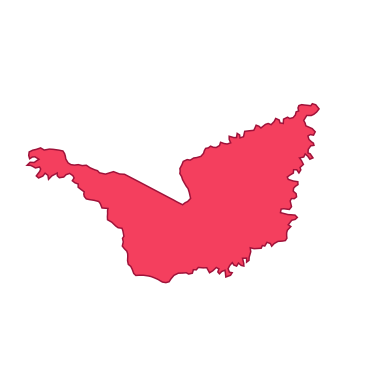 Mandaguari, Paraná, Brazil, rotated 71°
{"feature_id": "56859067B2319908604848", "entity_name": "Mandaguari", "entity_type": "district", "adm_level": 2, "iso_a3": "BRA", "parent_name": "Brazil", "parent_adm1": "Paraná", "projection": "robinson", "projection_center": [-51.721, -23.489], "detail": "fine", "context": "isolated", "style": "filled", "palette": "rose", "viewbox_px": 384, "rotation_deg": 71, "n_neighbors": 0, "source": "geoboundaries", "source_scale": "gbopen_adm2", "svg_char_len": 3677}
<svg xmlns="http://www.w3.org/2000/svg" viewBox="0 0 384 384"><g transform="rotate(71 192 192)"><path d="M269.2,134.3L267.5,131.1L266.7,126.8L267.9,122.2L268.3,119.5L266.6,117.3L264.3,116.8L261.4,115.8L259.2,114.3L256.8,109.8L254.3,111.7L251.2,106.9L251.5,103.3L250.3,100.7L247.4,102.1L245.8,105.7L244.6,108.6L241.8,112.8L240.3,115.1L237.2,113.3L237.7,110.7L240.2,105.6L238.3,102.7L232.4,102.1L230.6,100.1L231.6,97.4L230.6,94.7L227.5,94.1L224.2,96.0L221.5,94.7L220.3,92.4L219.5,89.4L216.7,88.6L214.7,92.5L211.4,96.9L208.8,97.0L207.9,93.9L207.1,90.0L204.0,88.7L205.1,85.7L208.8,84.7L206.5,81.9L204.0,81.9L202.2,77.7L197.8,78.3L194.8,79.3L195.3,75.0L192.9,72.6L195.8,70.9L199.4,69.9L199.1,66.5L194.4,67.8L192.8,69.6L189.5,68.2L187.0,64.7L187.6,61.5L185.3,61.3L183.3,62.8L180.4,64.3L176.8,64.2L176.2,61.5L177.8,58.6L175.2,55.9L171.2,57.7L166.5,62.8L163.8,62.6L160.7,63.1L157.0,58.6L158.5,54.3L158.2,51.5L157.0,48.2L154.8,44.8L149.8,46.6L147.7,49.5L149.1,51.6L147.8,54.2L146.4,57.3L145.1,59.9L145.1,62.8L147.0,64.4L150.1,64.8L150.1,67.4L152.9,69.3L154.6,72.2L154.3,75.7L152.4,77.3L152.9,81.7L156.9,83.4L155.3,86.3L152.3,86.1L149.7,88.9L152.1,91.3L154.1,95.3L152.0,97.7L152.0,100.6L153.9,106.0L151.6,107.3L149.7,109.6L151.8,111.5L153.8,113.5L152.9,117.3L151.8,122.4L156.5,125.3L156.4,129.0L153.6,128.4L151.3,130.2L155.0,132.2L154.2,134.7L151.4,138.7L154.4,139.7L158.1,139.4L158.1,143.1L156.6,145.9L154.3,148.8L157.0,150.8L157.8,154.6L156.7,157.3L154.7,159.5L155.6,162.1L155.2,164.9L156.9,166.8L159.2,168.5L161.2,172.0L161.0,176.2L160.4,179.4L161.3,183.3L159.8,186.0L160.2,190.3L163.0,192.7L165.9,195.8L168.4,196.4L170.7,197.5L174.0,196.8L177.2,196.9L180.8,196.3L184.8,195.5L187.4,194.6L191.5,194.7L197.6,195.4L199.6,199.3L199.9,202.0L201.0,205.0L198.0,208.0L195.9,210.0L193.5,212.1L189.4,216.0L164.9,239.0L153.3,250.0L151.4,254.6L147.2,259.6L146.9,268.0L143.7,273.3L141.1,274.4L139.3,276.8L135.9,280.5L132.3,283.2L131.3,287.2L129.1,290.6L128.3,294.4L126.7,297.6L124.1,299.7L119.7,300.6L116.8,300.1L114.2,300.0L111.2,300.7L109.1,304.2L106.5,309.3L105.0,312.9L104.2,318.1L101.0,320.8L101.0,325.4L100.6,329.0L101.1,332.9L104.3,334.5L107.7,334.7L106.9,331.5L107.6,329.0L111.2,326.1L112.0,329.2L112.7,331.6L111.2,335.4L113.0,339.2L114.3,335.9L116.1,334.1L118.3,332.2L118.7,328.0L121.0,327.6L122.9,329.2L126.1,334.0L128.8,332.5L128.4,327.9L126.4,324.8L129.3,322.8L133.3,323.5L131.1,319.2L130.2,313.3L132.8,314.1L135.3,312.8L136.1,308.4L134.6,305.4L134.6,301.6L137.8,299.3L140.3,298.9L142.4,301.5L145.2,299.7L147.4,297.0L150.4,298.1L153.8,295.9L156.7,293.9L158.8,295.0L161.1,295.3L164.1,294.2L165.7,291.6L167.9,287.4L170.6,283.3L173.1,282.5L177.8,282.3L180.2,276.8L182.3,278.0L184.9,278.8L187.7,280.0L190.7,280.9L194.4,277.7L199.3,275.2L201.7,273.5L203.5,270.0L206.4,270.0L211.7,270.8L213.2,272.8L216.8,273.2L220.4,275.5L223.6,274.4L226.7,272.9L229.4,272.9L232.0,273.7L236.0,275.3L239.7,275.8L242.4,274.1L245.4,273.7L250.1,273.6L252.6,272.3L253.5,269.0L254.9,265.0L257.2,260.5L258.7,258.1L260.9,255.5L263.3,252.9L267.5,249.3L269.2,246.2L269.4,242.9L267.3,240.2L264.9,236.2L264.3,231.4L265.7,226.8L266.5,223.7L268.5,221.9L268.9,218.1L265.9,216.0L267.0,213.3L265.4,210.6L267.4,206.0L268.4,202.7L274.1,201.7L273.3,198.1L271.3,193.6L273.4,191.6L276.0,193.6L278.3,192.7L276.8,189.7L276.7,186.3L279.5,186.8L283.4,187.7L283.3,182.7L281.4,180.3L280.0,182.7L276.3,182.9L273.8,180.3L271.9,176.9L274.7,176.2L276.6,174.0L274.3,171.2L277.4,169.4L278.9,167.1L276.3,166.3L271.1,165.8L272.3,161.9L276.1,163.2L275.2,160.4L272.3,159.2L267.6,155.9L263.7,155.1L265.8,151.8L267.7,144.9L265.5,142.9L266.8,140.8L264.0,137.5L266.2,134.7L269.2,134.3Z" fill="#f43f5e" stroke="#9f1239" stroke-width="1.5"/></g></svg>